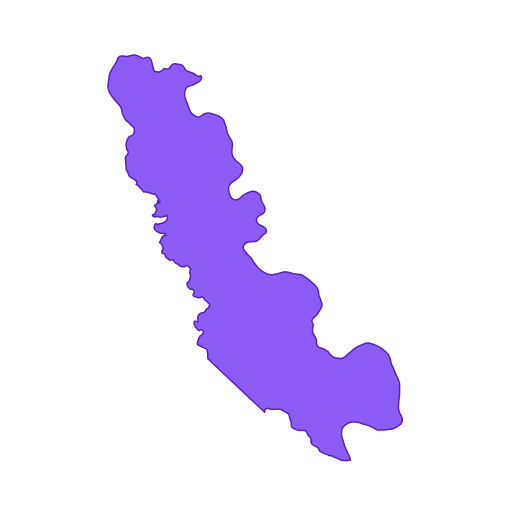 outline of Cutias, Amapá, Brazil, rotated 84°
{"feature_id": "56859067B15199971512565", "entity_name": "Cutias", "entity_type": "district", "adm_level": 2, "iso_a3": "BRA", "parent_name": "Brazil", "parent_adm1": "Amapá", "projection": "mercator", "projection_center": [-50.524, 1.067], "detail": "fine", "context": "isolated", "style": "filled", "palette": "violet", "viewbox_px": 512, "rotation_deg": 84, "n_neighbors": 0, "source": "geoboundaries", "source_scale": "gbopen_adm2", "svg_char_len": 6103}
<svg xmlns="http://www.w3.org/2000/svg" viewBox="0 0 512 512"><g transform="rotate(84 256 256)"><path d="M298.1,197.5L295.1,198.2L293.1,199.1L291.3,200.4L289.0,202.3L284.6,206.4L279.5,212.4L279.1,213.8L277.6,220.7L276.6,222.8L275.4,226.1L274.9,228.1L274.8,230.1L275.8,236.0L276.4,241.8L276.0,244.0L275.3,246.3L273.6,249.2L272.1,251.1L268.3,255.0L262.9,258.4L258.3,260.6L256.8,261.5L253.3,264.5L248.6,267.3L247.3,267.8L245.4,267.7L244.1,267.0L242.7,265.6L241.7,264.0L241.3,262.6L241.3,260.6L241.5,254.4L240.8,252.9L239.5,251.0L236.6,247.8L235.2,245.9L234.2,244.1L233.0,243.1L231.2,243.1L229.2,243.9L228.1,245.1L227.1,246.3L225.1,249.6L223.8,250.9L221.7,251.8L219.4,251.7L217.0,250.2L215.2,245.9L214.5,244.7L213.4,243.3L211.7,242.4L209.6,242.1L207.7,242.4L204.5,243.7L202.8,244.6L200.6,245.0L196.7,245.1L194.7,246.3L192.5,248.9L191.8,250.3L191.3,251.9L191.3,253.5L191.7,255.9L192.3,257.7L192.9,259.4L194.3,262.5L196.7,265.8L197.6,267.4L198.1,269.5L198.0,271.1L197.2,272.8L195.8,274.2L194.5,275.0L191.5,275.9L188.4,276.2L186.1,276.3L183.9,275.7L182.2,274.6L180.9,273.2L179.9,271.7L177.4,267.0L175.5,264.5L173.0,262.1L171.8,261.4L169.9,260.6L168.4,260.2L166.6,260.1L164.8,261.0L163.5,261.8L161.2,264.0L159.0,266.2L155.7,268.3L151.9,269.2L150.4,269.2L146.4,268.6L143.7,267.9L141.9,267.7L140.0,267.9L138.4,268.4L136.2,269.4L134.0,270.5L130.9,271.7L128.4,272.0L125.5,272.2L117.8,273.9L116.0,275.0L114.5,276.5L113.4,277.8L111.3,281.7L109.1,287.1L108.8,289.0L109.0,291.9L109.7,293.8L110.7,295.5L111.7,297.5L111.8,299.1L111.4,300.7L109.8,302.8L108.0,304.6L106.4,305.8L103.7,306.8L100.8,307.6L98.0,308.1L95.1,309.1L91.8,309.9L89.3,310.3L86.1,309.8L84.1,309.2L82.0,308.3L80.4,306.4L79.2,300.4L76.9,295.0L76.1,293.6L74.3,292.1L72.6,291.4L70.9,292.1L71.5,294.0L70.9,295.6L68.4,298.2L67.3,300.1L64.4,306.2L59.9,308.4L58.1,310.2L56.3,316.4L56.4,317.9L57.0,319.4L58.3,320.9L60.3,322.6L61.0,323.9L60.0,328.0L61.0,328.9L63.0,332.9L62.2,336.6L60.8,338.2L57.6,338.5L55.9,339.0L51.1,339.6L49.3,340.1L47.6,341.5L47.0,343.0L47.2,344.5L47.7,346.2L47.8,347.7L46.0,350.3L44.6,352.8L43.4,355.5L43.5,359.2L44.0,361.6L44.1,363.6L43.1,367.7L43.1,370.5L44.4,372.4L45.9,373.3L47.8,374.0L49.6,375.5L51.5,376.7L54.3,379.2L55.7,380.1L57.6,381.4L60.1,382.7L62.0,383.3L64.5,383.8L70.8,385.4L73.4,385.4L75.9,385.2L78.1,384.6L81.9,382.7L85.6,380.5L92.9,375.3L95.2,374.5L100.6,373.9L105.6,372.0L107.8,371.0L110.9,367.8L112.2,367.1L114.5,364.7L116.1,363.8L117.8,363.8L119.6,363.9L121.5,364.8L122.9,365.9L123.8,368.7L124.5,370.1L126.4,371.5L127.7,372.3L129.6,373.0L131.7,373.6L135.8,373.5L137.2,373.1L138.9,372.2L141.1,372.7L143.8,375.4L145.6,375.8L148.0,375.7L151.8,375.9L153.8,375.8L155.3,376.1L156.8,375.9L159.4,374.8L163.2,373.7L164.4,372.6L165.4,371.5L167.4,368.4L169.6,366.8L171.1,367.0L172.4,367.6L173.6,365.9L174.6,365.0L176.9,363.8L177.8,362.2L179.3,362.1L180.6,360.8L180.6,358.9L181.4,357.5L182.0,355.1L183.1,353.1L184.4,349.4L188.1,347.7L189.6,346.7L190.6,348.1L192.4,347.7L194.0,349.6L195.1,351.6L196.8,350.9L198.8,349.9L201.6,351.0L203.1,352.0L204.0,353.0L204.2,354.6L205.8,354.3L206.8,352.3L206.1,351.1L207.4,347.1L207.0,342.3L206.3,340.7L208.6,340.0L210.7,340.8L212.0,342.0L213.5,345.4L213.9,348.9L214.8,350.0L213.5,351.5L213.7,353.1L217.1,354.4L218.8,353.9L220.3,353.0L221.3,352.1L222.0,350.6L223.1,349.3L224.0,345.7L224.2,343.8L225.9,343.5L226.3,345.9L227.4,347.4L232.6,350.5L233.5,349.3L234.7,348.4L238.4,347.5L240.0,348.1L241.2,349.1L243.5,349.0L244.4,346.7L245.9,346.1L247.3,346.0L249.8,343.7L251.2,341.8L251.1,339.8L251.7,338.5L253.7,337.5L255.0,336.2L255.9,334.8L257.4,333.4L258.9,331.2L259.2,327.9L258.1,326.2L259.5,324.1L261.0,322.9L262.4,322.5L264.5,323.4L266.2,323.7L267.6,323.1L270.4,323.5L273.0,324.6L274.8,325.8L275.6,327.4L277.8,327.6L280.0,326.6L282.1,325.0L282.3,322.8L283.8,321.4L285.7,320.9L287.1,322.3L288.8,322.7L290.1,321.1L290.5,319.5L291.3,318.2L291.6,316.8L291.1,314.7L291.3,312.9L294.6,311.3L295.6,309.9L297.2,308.9L298.7,307.5L300.4,307.3L302.8,309.1L303.7,311.0L305.7,312.3L306.9,314.1L306.9,316.2L307.7,318.3L309.8,320.0L311.4,320.6L313.5,320.2L315.1,320.6L314.4,324.0L316.2,324.6L318.4,324.3L319.9,323.8L321.1,323.1L323.4,321.4L324.2,320.0L323.4,318.7L323.9,317.1L325.8,316.2L327.6,316.6L329.8,320.1L331.2,321.0L333.4,322.0L334.9,322.9L337.2,323.6L338.7,322.8L339.4,321.2L341.2,318.7L342.7,315.5L344.0,314.7L345.8,314.4L348.2,314.3L353.1,314.6L390.9,282.2L412.1,263.8L409.6,263.1L408.7,261.1L408.9,259.3L409.7,258.1L410.2,256.3L410.5,249.9L410.9,248.3L411.4,247.0L415.5,241.1L416.9,239.9L419.5,239.5L421.6,239.4L423.2,238.7L425.2,238.4L428.7,238.6L430.3,237.9L432.1,235.7L433.4,232.9L433.9,231.4L434.4,226.9L434.9,225.2L436.7,223.8L438.9,223.3L440.7,222.3L441.8,221.1L443.4,220.5L445.0,220.5L446.7,220.8L448.5,220.4L450.6,218.3L451.8,216.0L453.2,214.4L454.6,213.7L456.3,213.3L457.4,212.2L459.4,209.0L460.2,207.4L460.8,205.6L462.0,204.5L462.3,203.0L462.9,201.2L464.3,199.0L465.1,197.2L467.7,193.1L468.5,190.6L468.9,188.0L468.9,183.5L465.1,184.1L461.9,185.3L454.6,187.6L443.8,189.7L441.6,189.6L439.0,189.1L436.8,188.4L435.7,187.7L433.9,185.8L432.9,184.0L431.9,181.8L431.2,178.6L431.1,176.9L431.5,174.6L432.4,170.8L433.9,168.1L436.4,161.6L438.9,157.4L441.2,154.4L441.9,152.5L442.4,146.3L442.3,138.5L441.9,136.8L441.0,134.6L439.7,132.3L438.2,129.4L435.5,127.7L432.9,127.6L430.0,128.3L426.8,129.7L424.3,130.1L421.0,130.1L415.3,129.2L408.7,127.7L398.5,126.6L395.3,127.0L391.7,128.1L388.1,129.4L380.2,131.6L377.9,132.7L373.2,133.1L370.0,133.9L367.9,134.7L364.3,137.4L361.0,140.8L358.7,143.9L356.6,147.6L354.9,151.3L354.2,153.4L354.1,154.9L354.3,156.6L356.7,164.1L358.5,168.0L361.1,171.5L363.5,175.4L365.2,177.4L366.5,180.0L366.8,182.2L365.8,187.5L364.5,189.8L362.9,191.5L360.9,193.1L358.5,194.5L355.6,198.2L354.7,200.0L353.8,202.5L352.8,203.6L351.4,204.6L349.3,205.0L346.7,204.7L344.9,204.8L338.5,207.5L337.0,207.7L333.0,207.2L331.7,206.5L329.5,206.4L327.6,207.2L325.9,207.2L324.2,206.0L321.9,202.9L320.4,201.2L316.6,198.1L312.9,195.8L310.5,195.4L305.9,196.3L302.1,197.6L300.4,197.7L298.1,197.5ZM192.4,347.7L191.7,346.0L193.2,346.4L192.4,347.7Z" fill="#8b5cf6" stroke="#5b21b6" stroke-width="1.5"/></g></svg>